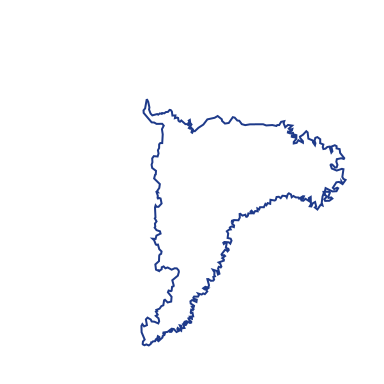 Mphokojoana, Mokhotlong, Lesotho, rotated 228°
{"feature_id": "5366337B60583276922456", "entity_name": "Mphokojoana", "entity_type": "district", "adm_level": 2, "iso_a3": "LSO", "parent_name": "Lesotho", "parent_adm1": "Mokhotlong", "projection": "orthographic", "projection_center": [29.014, -29.041], "detail": "fine", "context": "isolated", "style": "outline", "palette": "blue", "viewbox_px": 384, "rotation_deg": 228, "n_neighbors": 0, "source": "geoboundaries", "source_scale": "gbopen_adm2", "svg_char_len": 6055}
<svg xmlns="http://www.w3.org/2000/svg" viewBox="0 0 384 384"><g transform="rotate(228 192 192)"><path d="M149.7,319.9L148.1,317.4L145.6,316.3L144.5,314.7L147.8,315.1L149.5,316.2L153.8,314.2L158.9,317.8L160.7,317.6L160.3,312.6L160.9,309.3L159.5,308.5L155.5,308.4L154.4,307.4L159.3,305.7L158.5,302.6L160.0,300.1L161.1,301.1L161.7,305.1L164.4,307.6L165.5,306.9L163.8,304.9L166.3,303.1L167.2,304.1L166.5,304.9L165.7,304.3L165.6,305.2L168.3,306.6L169.8,304.2L172.0,303.0L172.6,303.8L171.2,304.9L170.8,307.4L171.7,308.7L172.7,306.4L174.3,306.3L174.3,310.9L177.6,308.2L177.7,304.6L181.8,306.1L182.9,308.0L184.5,305.2L183.4,301.6L184.7,300.1L184.6,298.9L188.0,296.5L191.8,291.7L194.7,290.2L203.4,280.5L206.1,276.3L209.1,274.4L213.3,274.8L214.8,273.5L218.7,273.5L220.3,272.4L218.7,265.5L220.8,262.3L224.7,261.9L226.1,262.8L231.3,261.9L232.0,258.5L235.7,252.0L234.5,245.5L235.4,239.8L235.3,234.8L236.6,233.7L235.9,231.8L236.7,231.6L237.7,233.0L237.9,235.3L238.3,234.0L240.0,234.5L240.2,233.0L241.6,232.5L242.5,236.8L244.6,236.9L247.0,238.6L247.2,237.4L245.9,237.2L245.8,235.8L244.1,234.9L244.1,234.0L245.7,233.8L246.9,232.5L252.3,231.9L252.2,230.2L252.8,229.8L254.1,229.7L256.3,231.2L257.3,230.7L258.3,228.7L260.0,230.9L261.9,228.6L265.3,230.9L267.2,231.0L268.0,230.3L267.6,227.8L268.9,226.0L269.0,224.1L270.7,222.6L270.3,221.8L271.9,220.7L272.1,218.6L273.2,218.3L275.5,213.8L278.0,213.7L282.1,215.3L283.3,216.9L288.3,219.8L290.5,220.4L290.8,219.9L285.5,213.1L285.1,210.6L283.1,209.0L270.8,208.6L268.9,210.4L266.4,211.2L262.6,215.5L260.2,215.4L258.8,211.7L254.4,208.8L248.3,202.6L249.6,201.2L249.4,199.5L246.7,197.0L245.8,194.6L243.0,192.9L241.4,190.2L244.2,187.6L243.6,184.9L240.6,182.5L239.3,180.2L236.5,178.5L231.8,179.4L229.3,176.8L229.5,176.1L227.4,172.9L219.4,173.4L216.9,170.4L216.0,166.7L214.5,166.5L215.5,165.5L212.1,164.1L210.7,162.5L209.9,162.4L209.7,163.5L208.2,164.3L203.8,161.7L203.4,157.2L204.7,155.8L206.4,156.0L205.3,154.2L197.5,147.8L197.3,146.7L193.9,146.0L193.3,143.3L190.8,141.5L190.5,140.4L187.4,140.1L184.2,141.9L182.1,140.8L183.4,136.4L181.5,133.5L183.7,131.4L181.5,131.6L177.6,130.1L176.6,130.1L175.7,131.5L171.4,129.4L168.2,129.6L166.7,127.7L167.1,126.1L166.6,125.0L162.7,121.2L162.7,116.3L158.4,113.3L155.4,114.6L155.8,115.1L155.2,115.4L154.9,117.7L156.3,119.2L155.7,121.1L153.1,121.2L152.2,123.4L147.9,124.9L146.9,128.1L145.4,129.6L142.8,129.6L141.4,128.8L139.3,125.5L139.6,118.3L134.8,115.9L134.3,115.2L134.9,113.8L132.3,110.8L132.4,110.0L134.4,108.7L133.6,107.0L127.8,106.7L124.5,103.2L126.2,100.0L130.0,99.8L130.2,98.8L127.0,94.9L127.7,92.8L127.0,89.8L128.2,86.7L126.9,86.5L127.3,85.2L123.8,84.4L124.2,82.2L120.5,82.6L117.9,81.1L116.9,79.0L120.7,77.3L122.8,75.4L124.8,76.0L128.4,74.9L128.2,72.5L123.2,69.4L124.2,66.5L127.0,66.7L126.3,64.8L121.5,60.7L114.0,58.1L113.7,55.5L112.0,53.6L111.2,53.6L109.9,54.2L109.3,56.1L106.9,57.2L106.7,59.7L107.5,61.1L107.0,61.4L107.1,63.0L105.8,64.8L106.7,66.4L106.5,68.3L107.7,70.2L106.1,70.7L104.5,69.4L104.6,67.2L103.6,67.3L103.6,72.6L104.6,73.9L104.2,75.8L104.9,77.0L106.1,76.0L106.7,76.8L104.4,80.2L104.2,83.1L102.7,82.1L101.9,83.1L102.2,84.6L103.9,84.8L104.0,85.4L102.4,86.8L98.3,86.8L97.6,89.2L100.0,89.4L100.5,90.4L96.2,91.2L97.3,92.4L101.0,93.7L100.0,94.4L97.7,93.1L96.0,95.4L99.3,96.7L97.3,98.4L97.9,100.6L100.0,98.1L100.5,99.7L99.8,101.4L96.0,102.9L95.5,104.0L96.2,104.7L98.4,104.2L100.5,104.8L100.2,105.7L97.8,107.1L98.7,107.8L100.4,107.5L98.8,109.7L102.0,111.6L102.6,110.2L103.2,110.3L105.1,112.7L103.7,113.7L103.9,114.8L106.7,115.2L105.5,116.6L106.1,117.4L110.0,116.4L111.8,117.7L111.6,119.8L107.3,121.7L108.8,123.5L111.4,122.0L112.5,122.2L112.9,123.6L110.2,126.5L110.8,128.3L112.5,128.6L109.3,130.6L109.2,132.4L107.5,133.2L107.9,136.8L109.8,137.0L109.7,139.3L110.7,138.3L111.3,136.2L112.9,135.9L112.6,138.5L110.6,139.7L110.7,141.2L111.4,142.3L117.0,145.1L116.4,145.9L113.4,146.6L111.9,148.5L112.1,149.8L114.6,151.0L114.0,152.7L115.4,153.0L117.2,154.9L120.3,155.5L116.6,157.7L113.3,156.1L112.9,157.7L117.7,160.2L118.5,161.8L116.7,162.9L116.9,163.9L119.8,165.0L121.8,164.7L119.7,169.7L120.5,170.5L122.6,170.2L122.3,173.7L123.6,173.6L124.8,171.8L125.9,172.2L126.9,177.6L125.6,178.8L124.1,178.7L124.3,180.5L125.5,181.0L127.9,179.8L130.8,183.6L132.0,182.9L132.1,180.9L133.3,181.3L133.2,182.6L130.0,185.7L128.0,185.9L129.4,188.8L131.4,189.5L134.0,187.7L137.0,191.2L139.5,191.6L139.2,194.4L138.3,195.7L140.2,196.2L140.3,196.9L139.8,198.5L137.9,199.6L139.0,200.9L141.6,200.6L142.4,202.5L143.3,201.7L143.9,202.5L143.1,204.4L139.9,207.6L141.0,210.4L143.8,212.7L143.5,213.3L140.7,213.7L139.4,216.5L137.5,215.7L136.9,216.1L137.0,217.7L138.4,219.5L135.9,222.5L138.3,222.6L138.3,223.7L134.9,223.8L135.6,226.2L133.7,227.9L136.0,229.6L134.1,230.3L135.2,232.4L132.6,235.2L134.0,238.5L132.4,238.5L133.1,240.8L130.9,242.2L133.7,245.1L130.3,247.8L130.2,249.1L131.7,251.5L130.4,253.3L128.1,253.8L128.7,256.7L126.2,259.0L124.5,258.7L126.2,261.6L126.2,263.1L123.9,263.9L121.4,262.6L121.2,264.7L118.6,265.5L116.6,267.5L115.4,267.2L114.6,271.7L113.9,272.3L113.0,270.4L113.6,268.1L112.5,267.7L111.0,268.9L111.0,271.8L106.9,272.9L109.3,274.8L108.9,276.9L103.3,272.2L102.6,270.0L101.4,271.0L102.8,274.2L102.2,276.8L98.2,274.6L98.3,273.0L95.1,273.5L96.5,279.2L94.7,280.0L97.3,281.3L101.3,286.0L102.4,288.0L101.4,288.4L104.1,289.8L103.5,290.5L100.6,289.0L98.3,289.2L98.0,285.5L96.3,285.0L93.6,288.2L93.2,291.9L94.8,291.8L96.2,289.6L97.5,290.5L99.2,294.0L100.3,294.0L102.8,291.5L104.0,291.8L105.5,293.9L98.5,296.7L95.9,299.9L97.0,303.1L98.0,302.8L99.0,299.6L100.9,299.5L102.6,305.8L101.1,308.0L98.4,308.8L99.9,310.1L97.2,309.6L98.2,314.2L100.4,313.3L102.6,313.8L107.6,319.8L108.9,318.9L111.1,313.9L115.9,311.6L119.3,313.0L119.4,313.9L118.5,314.6L114.4,314.7L113.5,315.9L114.8,318.2L117.9,319.5L119.5,321.6L117.2,325.5L115.0,326.9L115.3,327.8L121.9,328.2L125.1,330.4L127.7,328.6L129.3,330.1L131.2,329.4L132.5,325.9L128.3,323.6L128.0,321.9L133.7,324.6L134.9,322.7L134.9,320.2L136.0,318.4L137.9,319.2L139.4,321.4L142.5,319.9L145.4,322.6L148.9,321.9L149.7,319.9Z" fill="none" stroke="#1e3a8a" stroke-width="2"/></g></svg>